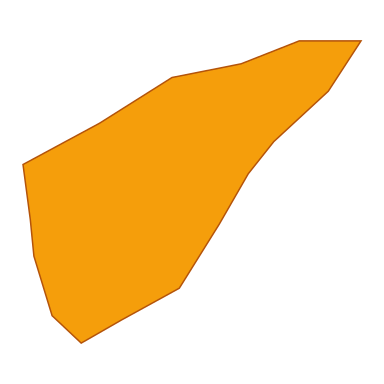 SVG path tracing the border of Andorra la Vella
{"feature_id": "AND-4876", "entity_name": "Andorra la Vella", "entity_type": "state/province", "adm_level": 1, "iso_a3": "AND", "parent_name": "Andorra", "parent_adm1": "", "projection": "natural_earth1", "projection_center": [1.52, 42.514], "detail": "fine", "context": "isolated", "style": "filled", "palette": "amber", "viewbox_px": 384, "rotation_deg": 0, "n_neighbors": 0, "source": "natural_earth", "source_scale": "10m", "svg_char_len": 324}
<svg xmlns="http://www.w3.org/2000/svg" viewBox="0 0 384 384"><path d="M361.0,40.9L328.3,91.2L273.8,141.6L248.3,173.7L219.3,224.1L179.3,288.2L121.1,320.2L81.2,343.1L52.1,315.7L33.9,256.1L30.3,219.5L23.0,164.5L99.4,123.3L172.0,77.5L241.1,63.8L299.2,40.9L361.0,40.9Z" fill="#f59e0b" stroke="#b45309" stroke-width="1.5"/></svg>